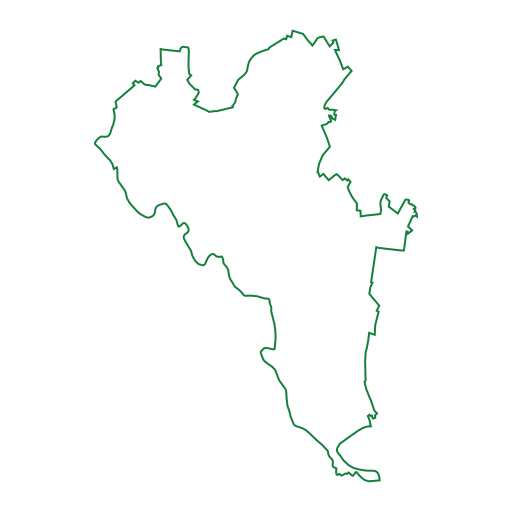 Thanh Mien, Hải Dương, Vietnam (Equal Earth projection)
{"feature_id": "81297802B67689154766571", "entity_name": "Thanh Mien", "entity_type": "district", "adm_level": 2, "iso_a3": "VNM", "parent_name": "Vietnam", "parent_adm1": "Hải Dương", "projection": "equal_earth", "projection_center": [106.217, 20.766], "detail": "fine", "context": "isolated", "style": "outline", "palette": "green", "viewbox_px": 512, "rotation_deg": 0, "n_neighbors": 0, "source": "geoboundaries", "source_scale": "gbopen_adm2", "svg_char_len": 6029}
<svg xmlns="http://www.w3.org/2000/svg" viewBox="0 0 512 512"><path d="M131.1,204.7L137.4,211.6L139.9,213.8L145.8,217.1L148.3,217.7L149.7,217.4L151.2,216.8L152.7,216.0L153.7,215.1L154.7,213.0L155.5,209.1L156.0,207.7L156.6,206.6L157.5,205.9L158.7,205.2L163.4,203.6L165.1,203.6L165.9,203.8L167.6,205.6L170.3,209.3L171.4,211.1L173.2,214.8L175.9,219.2L176.4,220.1L178.0,225.6L178.4,226.4L178.8,226.6L179.4,226.4L180.9,225.4L182.3,223.9L183.1,223.3L184.3,223.1L185.0,223.3L185.8,224.0L187.0,225.6L187.8,227.1L188.6,229.0L188.6,230.0L188.4,231.1L187.9,232.0L186.9,233.0L184.9,234.3L184.5,234.8L183.7,236.5L183.7,237.6L184.0,238.7L185.9,242.4L190.5,249.9L191.1,251.2L192.2,255.2L193.4,257.9L195.2,260.8L197.6,263.3L198.6,264.1L202.3,265.2L203.2,265.2L204.2,264.8L204.9,264.2L205.5,263.0L207.0,259.6L208.1,257.5L209.4,255.9L210.6,254.8L211.7,254.2L212.7,254.0L213.5,254.2L214.4,254.6L216.1,256.1L217.2,256.7L218.3,256.9L221.9,256.6L222.8,258.5L223.2,260.1L223.3,262.2L223.6,263.1L224.3,264.3L226.5,266.8L228.1,269.6L229.2,276.1L230.2,279.1L230.8,280.1L232.6,282.8L234.6,286.2L235.1,286.9L239.0,289.8L240.3,291.1L243.8,295.1L244.9,295.7L245.8,295.8L250.6,295.6L256.9,296.2L264.5,298.4L267.7,298.7L268.7,299.0L269.2,299.4L269.6,300.4L269.6,303.0L271.2,306.9L271.3,308.5L271.2,311.3L274.3,323.5L275.2,329.2L275.5,334.0L275.6,338.6L274.7,348.4L274.4,349.2L273.8,349.4L266.2,347.9L264.9,348.0L263.7,348.6L261.0,351.3L260.8,352.3L260.9,353.0L261.4,354.9L263.3,359.5L264.6,361.2L268.7,364.5L271.3,366.0L274.1,368.7L275.3,370.1L276.3,372.6L277.7,376.6L279.4,380.7L284.2,387.2L285.5,389.2L286.0,390.6L286.2,391.7L286.7,399.2L287.4,405.5L289.6,411.9L290.6,416.5L293.3,423.4L293.8,424.2L294.5,425.2L295.6,425.9L301.8,428.0L305.0,429.6L306.0,430.3L308.3,432.2L316.4,439.9L322.4,445.1L327.2,450.2L327.8,451.1L328.3,454.0L329.0,455.9L330.0,457.2L332.0,459.3L332.6,460.3L332.9,462.2L332.6,465.3L332.7,465.8L333.0,466.6L333.7,467.2L336.4,468.4L336.2,470.2L336.1,472.3L336.4,474.1L336.9,474.6L337.3,474.8L337.8,474.9L338.7,474.2L340.0,474.2L340.9,475.1L341.8,475.6L344.9,473.8L345.8,473.5L346.9,474.0L348.6,472.5L352.0,475.4L352.7,475.8L353.0,475.7L355.9,472.1L356.3,472.0L360.6,476.8L364.0,479.6L365.1,480.2L368.9,481.3L379.6,480.4L379.5,478.5L379.0,475.6L377.6,472.8L377.1,472.2L376.1,471.5L374.4,470.8L366.3,470.6L363.8,470.3L357.9,469.2L353.8,468.0L352.1,467.2L348.2,464.8L343.3,460.2L340.1,455.4L337.9,452.8L337.1,451.2L336.9,449.6L337.3,447.9L340.0,443.6L350.8,435.8L358.6,430.4L362.9,427.9L366.9,426.6L369.3,426.3L370.8,426.4L369.5,420.2L368.8,418.2L367.8,416.0L369.4,414.7L370.5,415.9L371.9,415.5L372.4,417.7L373.1,418.6L375.3,417.8L375.0,415.5L377.0,413.4L374.7,411.0L374.2,410.1L370.6,399.5L369.6,397.6L367.4,391.8L366.6,390.2L365.3,385.2L364.6,381.8L364.6,381.5L365.2,381.0L365.6,380.0L365.1,360.4L365.8,351.3L366.5,349.4L368.0,342.0L369.2,332.8L374.7,334.8L375.2,325.5L375.7,323.2L378.6,311.8L376.7,310.8L379.2,305.7L369.3,293.8L370.4,287.1L372.5,282.9L371.1,282.3L376.3,247.2L378.7,247.9L398.7,250.2L403.8,250.6L404.3,247.8L406.4,231.5L407.6,231.5L408.0,233.6L410.2,232.0L412.1,230.4L408.0,226.5L412.6,216.3L413.2,216.7L413.6,216.6L414.7,215.6L415.1,215.5L417.0,216.7L416.7,214.2L416.4,212.8L415.7,212.1L414.6,211.8L415.3,210.3L413.8,209.0L415.4,208.0L415.5,207.6L415.4,207.3L414.6,206.3L412.2,204.8L411.7,204.2L410.3,204.3L408.4,202.5L409.2,200.5L408.7,199.9L406.9,199.6L405.5,199.6L405.3,199.8L397.8,213.5L388.8,206.7L389.6,201.4L386.2,197.9L387.1,195.4L385.6,194.5L384.5,194.1L383.8,194.3L381.0,200.1L380.7,201.4L380.4,202.9L380.5,204.8L381.1,210.0L380.4,214.0L366.7,215.5L360.7,216.4L360.5,210.8L356.8,210.3L356.9,203.5L352.1,196.9L349.0,191.0L347.7,187.0L350.5,181.8L348.2,179.3L347.2,180.5L344.8,178.4L342.7,180.1L338.5,175.7L336.6,174.2L334.8,175.2L328.7,180.2L323.4,173.9L319.8,176.6L318.2,172.6L317.5,172.3L319.0,164.0L322.5,155.7L323.2,154.7L329.9,146.7L326.8,137.5L321.7,125.6L326.5,124.1L327.8,123.0L328.6,121.9L329.1,121.8L329.9,122.1L330.7,121.8L331.0,121.2L331.0,120.4L329.3,116.7L329.1,115.8L329.2,115.4L331.1,115.8L332.4,118.4L333.4,119.1L335.2,119.8L335.6,116.8L336.0,115.0L335.1,115.0L334.6,114.7L334.3,114.3L334.2,113.8L334.9,110.9L335.9,110.3L332.3,109.7L329.8,109.8L329.1,109.7L327.9,108.1L327.6,107.9L327.1,108.0L325.7,108.9L325.1,109.0L324.7,108.6L324.4,108.1L324.3,107.3L324.5,105.9L326.0,102.5L339.6,86.3L341.8,83.6L343.2,81.5L344.6,79.1L351.6,70.9L347.8,66.7L343.2,69.3L339.6,59.9L336.2,52.8L335.0,50.0L339.0,50.1L337.3,44.0L335.9,39.6L334.1,40.0L332.6,40.6L333.4,42.6L329.7,46.4L323.6,36.5L319.2,37.4L317.6,38.1L314.2,43.2L312.4,45.6L311.4,44.2L307.7,40.2L303.2,34.0L292.6,30.7L291.3,37.2L287.2,35.7L286.2,39.2L284.0,38.5L269.6,47.4L269.1,48.1L268.6,49.1L262.4,51.1L256.4,53.6L253.6,55.6L251.0,58.6L249.7,60.6L248.9,62.2L247.8,66.4L247.0,70.8L246.2,72.4L244.1,74.9L238.2,79.8L234.0,87.8L236.3,91.3L237.9,94.4L236.0,98.5L235.4,101.4L234.9,102.6L233.0,105.5L232.5,105.9L232.8,107.3L216.4,111.2L215.3,111.0L209.2,111.9L206.3,110.3L194.0,104.6L195.5,103.2L197.9,101.5L194.0,99.9L195.7,97.9L198.8,92.8L198.1,89.8L195.0,89.4L189.6,83.8L187.5,80.3L187.3,79.8L191.2,75.4L189.3,74.0L189.2,73.4L188.6,68.4L188.5,65.0L188.6,58.3L188.9,52.3L188.6,48.8L188.2,47.5L184.0,46.9L182.5,46.9L181.3,47.6L180.6,48.5L179.8,51.4L163.5,49.6L160.6,49.1L160.9,61.5L161.3,65.1L158.0,66.3L158.2,67.6L157.4,68.0L157.8,69.3L159.0,71.7L158.6,74.8L161.2,78.5L160.6,79.5L155.3,86.6L148.4,85.0L146.3,85.0L144.7,84.4L143.7,83.7L140.7,81.0L138.5,82.7L135.4,80.7L134.2,81.8L132.8,83.3L134.5,85.3L115.5,101.6L116.3,105.1L116.7,107.5L113.5,109.2L114.6,114.8L114.7,117.2L114.4,119.9L113.2,124.7L111.9,127.8L110.5,132.4L109.7,134.4L108.4,135.9L107.7,136.4L104.6,136.8L101.5,136.5L99.3,137.6L96.9,139.8L95.0,142.6L95.1,143.8L95.5,144.6L100.3,149.0L104.3,154.2L106.9,157.1L110.2,160.5L112.1,163.5L112.8,165.4L113.5,167.9L113.9,169.1L116.8,167.3L117.3,169.4L117.5,178.2L117.6,179.2L117.9,180.1L118.4,181.4L119.3,182.7L124.1,189.4L125.0,191.0L125.9,193.3L126.8,197.4L127.4,199.0L128.9,201.7L131.1,204.7Z" fill="none" stroke="#15803d" stroke-width="2"/></svg>